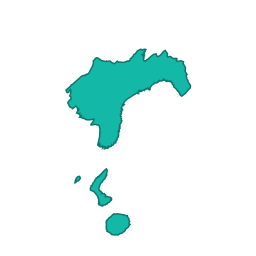 the district of Kota Manado, Sulawesi Utara, Indonesia, rotated 227°
{"feature_id": "22746128B83673204362612", "entity_name": "Kota Manado", "entity_type": "district", "adm_level": 2, "iso_a3": "IDN", "parent_name": "Indonesia", "parent_adm1": "Sulawesi Utara", "projection": "equal_earth", "projection_center": [124.782, 1.539], "detail": "fine", "context": "isolated", "style": "filled", "palette": "teal", "viewbox_px": 256, "rotation_deg": 227, "n_neighbors": 0, "source": "geoboundaries", "source_scale": "gbopen_adm2", "svg_char_len": 5841}
<svg xmlns="http://www.w3.org/2000/svg" viewBox="0 0 256 256"><g transform="rotate(227 128 128)"><path d="M176.8,191.2L178.0,187.5L177.3,184.3L177.7,181.8L176.9,180.8L177.1,179.6L176.8,178.3L177.1,177.0L176.2,175.7L176.4,173.9L177.1,173.7L177.7,171.9L178.1,171.7L178.2,170.7L179.4,169.0L181.8,167.1L182.5,165.9L184.2,165.8L184.3,161.9L186.7,160.8L189.3,160.5L191.0,158.1L191.6,158.0L191.5,157.5L192.0,156.9L195.5,154.6L199.7,153.7L200.9,152.8L201.1,151.5L200.7,149.8L200.8,148.4L199.2,147.1L197.7,144.9L194.8,136.6L195.1,134.7L195.8,134.1L195.5,132.6L196.3,132.2L197.5,129.6L197.8,116.6L198.2,116.2L198.2,115.4L197.8,115.0L198.0,108.5L195.7,107.6L194.9,108.1L194.7,109.6L195.2,110.0L195.6,112.1L194.8,112.1L192.4,109.7L191.2,107.2L189.4,107.4L188.0,105.7L188.2,104.1L187.8,101.7L187.5,101.2L183.2,99.8L181.2,100.7L180.0,100.5L179.5,104.9L177.2,104.7L175.8,103.8L175.6,104.9L175.2,104.8L174.6,104.0L174.8,102.7L174.0,100.7L172.6,101.4L171.7,102.7L171.4,102.3L171.5,101.0L171.3,101.7L170.1,101.5L168.3,102.9L169.1,101.3L168.9,99.9L167.4,101.2L165.6,101.6L165.2,102.7L164.0,102.6L162.3,103.3L160.4,105.2L157.6,109.1L156.7,107.5L155.9,103.4L155.3,103.1L153.1,106.5L149.9,108.4L149.0,108.4L146.0,106.5L143.0,103.4L141.0,101.3L136.7,95.0L136.1,96.2L135.7,94.3L134.6,94.5L134.7,95.2L135.1,95.4L134.8,95.7L134.3,94.5L133.8,94.5L133.3,94.9L133.6,95.0L133.3,95.7L132.5,95.6L131.9,96.1L132.1,97.0L131.0,96.7L130.7,96.2L130.7,97.3L130.2,97.9L130.4,98.1L129.6,98.7L129.5,98.0L129.1,98.1L128.9,96.6L128.6,96.8L128.6,97.9L127.1,99.2L127.1,99.9L127.5,99.7L127.4,100.3L128.2,100.8L128.1,101.2L127.3,100.7L126.6,102.3L126.8,102.3L126.1,103.2L126.7,104.6L126.2,104.4L125.7,105.8L126.5,107.5L125.5,108.8L126.5,109.9L126.9,109.9L126.6,110.9L127.1,112.3L127.9,113.0L128.2,113.9L127.9,114.4L129.1,115.8L129.2,116.5L130.0,116.6L131.2,118.4L131.6,118.3L131.3,119.0L131.5,119.6L132.7,119.5L132.7,120.5L133.2,121.1L133.3,122.1L134.0,122.0L134.3,122.9L134.8,122.7L135.5,124.0L136.3,124.4L136.1,125.2L137.4,128.4L138.2,128.2L139.2,129.5L140.4,129.6L141.1,130.9L142.4,130.8L143.0,132.0L142.4,132.4L142.8,132.2L142.9,132.7L143.3,132.7L143.3,133.3L144.2,134.1L144.8,135.3L145.0,134.9L145.1,135.9L145.8,136.1L145.4,136.5L146.0,136.6L145.9,136.2L146.3,136.2L146.5,136.8L146.9,136.6L147.2,136.9L148.5,139.7L146.9,140.2L147.6,140.1L147.7,141.3L148.3,141.1L148.1,140.0L148.7,139.9L148.7,140.3L148.3,140.4L148.9,140.9L149.7,143.6L149.7,146.9L148.4,154.7L147.4,158.7L147.2,159.1L146.6,158.7L146.1,159.1L147.0,159.2L147.2,159.6L146.7,160.8L146.2,160.6L147.3,161.1L147.8,161.0L147.9,161.8L146.9,161.8L146.8,162.6L146.6,162.4L146.8,161.7L146.0,161.3L146.4,161.6L146.3,162.2L146.1,162.7L145.8,162.6L144.8,166.1L144.3,166.0L144.6,166.6L144.1,168.5L143.9,168.0L142.9,170.0L142.6,169.4L142.8,168.9L142.4,169.7L141.6,169.5L141.1,169.9L141.2,170.5L142.3,171.5L142.6,172.5L143.1,174.9L142.6,177.1L143.2,178.2L142.5,178.5L141.3,179.8L141.1,181.9L141.4,181.6L141.7,182.2L141.4,182.9L141.1,182.7L141.2,183.6L140.4,183.6L139.1,185.5L139.0,186.1L139.6,186.8L139.2,187.5L138.7,186.9L138.9,186.6L137.4,187.8L136.2,187.6L135.5,188.2L136.1,189.1L134.7,189.4L133.5,190.8L133.4,190.5L132.8,191.2L132.1,190.8L130.5,191.3L130.1,190.4L128.3,190.3L128.2,190.7L126.8,189.6L123.5,189.9L122.1,189.6L121.4,189.8L121.2,189.5L119.8,189.9L118.9,189.4L118.0,189.5L117.0,188.7L114.6,189.0L114.2,194.1L114.7,197.2L114.9,200.9L116.6,202.8L120.8,203.3L121.8,204.1L123.7,204.5L127.0,206.7L126.9,207.7L130.3,208.3L133.1,211.3L137.4,212.2L138.6,213.8L141.0,212.6L142.1,210.6L143.0,210.2L143.8,209.2L144.8,209.5L145.1,210.9L145.6,211.1L146.2,210.2L146.8,210.0L147.2,209.0L149.3,208.0L150.9,208.0L152.1,207.1L152.3,206.1L153.2,205.4L154.0,205.7L154.6,206.8L155.6,207.6L159.3,208.1L159.8,206.3L159.2,202.1L159.3,200.2L159.8,198.7L160.5,198.1L163.1,199.1L164.2,197.2L164.7,194.3L164.7,189.8L165.1,188.1L164.9,186.9L165.3,186.7L165.8,185.5L167.6,186.0L168.4,187.5L169.8,187.9L169.5,189.3L170.4,189.6L170.6,188.4L172.0,188.3L171.1,190.7L172.5,191.3L172.2,192.6L172.9,193.0L173.2,194.6L173.9,194.3L174.9,193.0L175.2,191.5L176.8,191.2ZM67.3,43.0L67.0,42.2L63.9,43.3L61.0,43.5L58.6,45.6L57.3,47.4L56.5,47.8L56.3,49.8L55.2,52.1L54.9,55.7L55.6,57.1L55.3,61.1L56.0,61.7L56.1,63.7L56.8,63.2L57.9,64.1L58.5,65.5L59.7,65.6L60.9,66.7L63.3,67.0L64.3,67.7L65.2,66.7L66.8,66.1L71.8,62.3L73.0,61.1L73.7,59.8L74.2,59.7L74.6,58.8L75.0,58.7L74.8,53.8L75.2,53.5L75.2,52.6L74.8,50.3L75.0,49.6L74.7,49.5L74.6,48.6L74.1,47.8L74.3,48.8L74.0,47.8L71.6,46.0L70.8,44.8L69.3,43.9L69.0,43.2L67.3,43.0ZM91.4,54.5L91.2,55.0L89.9,55.2L89.0,56.4L88.6,56.1L88.4,56.6L88.2,56.6L88.2,57.5L87.7,58.6L87.2,59.1L87.3,60.0L86.7,60.7L87.2,61.6L86.9,61.7L86.9,62.7L86.6,62.7L86.8,62.8L86.4,63.9L86.7,65.4L87.1,65.7L86.5,66.3L86.8,67.1L87.9,68.0L88.2,67.6L87.6,67.4L87.8,67.0L88.3,67.5L88.4,68.0L88.4,67.7L88.5,67.9L89.2,67.8L89.2,67.7L88.7,67.8L88.3,67.5L89.8,67.5L91.6,66.4L92.3,65.8L92.1,65.3L92.5,65.7L92.8,65.3L93.2,65.5L92.8,65.0L92.9,64.9L93.3,64.9L93.4,65.7L93.3,64.9L94.6,66.0L95.1,65.6L96.2,65.9L96.6,65.2L97.5,64.7L97.9,64.9L98.1,64.4L98.2,64.9L99.6,64.9L100.3,64.9L100.6,64.5L100.8,64.8L102.6,64.6L104.2,66.1L106.2,70.1L106.1,72.0L106.9,75.1L106.6,76.1L107.2,77.5L107.4,77.8L107.3,78.3L108.0,79.4L107.7,79.8L108.9,81.2L108.5,80.2L110.7,83.3L111.9,84.2L112.9,84.3L113.0,80.0L112.8,79.5L112.9,78.8L112.5,76.4L112.7,75.8L112.5,75.7L112.4,74.9L112.7,74.6L112.4,74.3L112.5,73.7L112.3,73.6L113.0,72.7L112.6,72.0L113.1,70.6L112.8,70.4L112.4,67.9L111.7,66.8L111.8,65.5L110.4,62.1L110.6,61.8L110.3,61.8L110.4,61.1L109.3,59.0L108.0,58.2L104.9,59.7L99.2,59.4L95.7,57.8L94.4,56.5L93.6,56.4L93.6,55.9L92.4,54.7L92.1,55.1L92.3,55.6L91.8,55.5L91.4,55.0L92.0,54.7L91.4,54.5ZM124.2,51.8L123.7,52.5L124.2,54.2L123.3,55.6L123.3,57.2L123.8,59.0L125.7,59.5L126.6,58.3L126.6,56.2L125.3,53.3L124.6,52.7L124.2,51.8Z" fill="#14b8a6" stroke="#0f766e" stroke-width="1.5"/></g></svg>